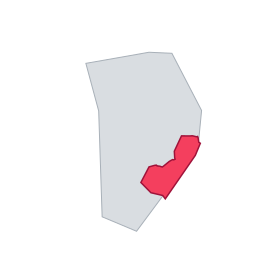 Barbados, with Saint James highlighted, rotated 218°
{"feature_id": "BRB-1992", "entity_name": "Saint James", "entity_type": "Parish", "adm_level": 1, "iso_a3": "BRB", "parent_name": "Barbados", "parent_adm1": "", "projection": "mercator", "projection_center": [-59.619, 13.191], "detail": "fine", "context": "in_parent", "style": "filled", "palette": "rose", "viewbox_px": 256, "rotation_deg": 218, "n_neighbors": 0, "source": "natural_earth", "source_scale": "10m", "svg_char_len": 892}
<svg xmlns="http://www.w3.org/2000/svg" viewBox="0 0 256 256"><g transform="rotate(218 128 128)"><path d="M158.1,200.6L139.4,213.9L80.8,187.1L60.2,154.7L57.7,51.9L93.7,42.1L161.6,123.4L201.0,153.0L158.1,200.6Z" fill="#d9dde1" stroke="#a8b0b8" stroke-width="1"/><path d="M61.6,160.5L58.1,147.9L55.0,95.1L59.1,96.2L70.1,91.1L84.3,93.0L87.5,110.3L84.0,115.0L83.0,116.0L82.9,115.9L82.7,115.9L82.6,116.0L82.4,116.2L82.1,116.2L81.9,116.1L81.6,116.1L81.3,116.3L80.9,116.6L80.6,116.7L80.5,116.8L80.4,116.8L79.6,117.4L79.4,117.5L79.1,117.6L78.8,117.7L78.6,117.7L78.2,117.9L77.0,118.4L76.6,119.5L74.9,127.1L74.0,129.3L73.3,130.7L72.6,130.9L72.4,131.0L72.2,131.3L72.0,131.9L71.8,132.3L71.7,132.4L72.0,132.7L72.8,133.2L77.2,138.2L81.0,154.7L74.0,160.1L73.4,160.7L72.3,161.6L69.0,163.1L67.7,163.9L67.7,164.0L66.8,163.5L63.5,160.4L61.6,160.5Z" fill="#f43f5e" stroke="#9f1239" stroke-width="1.5"/></g></svg>